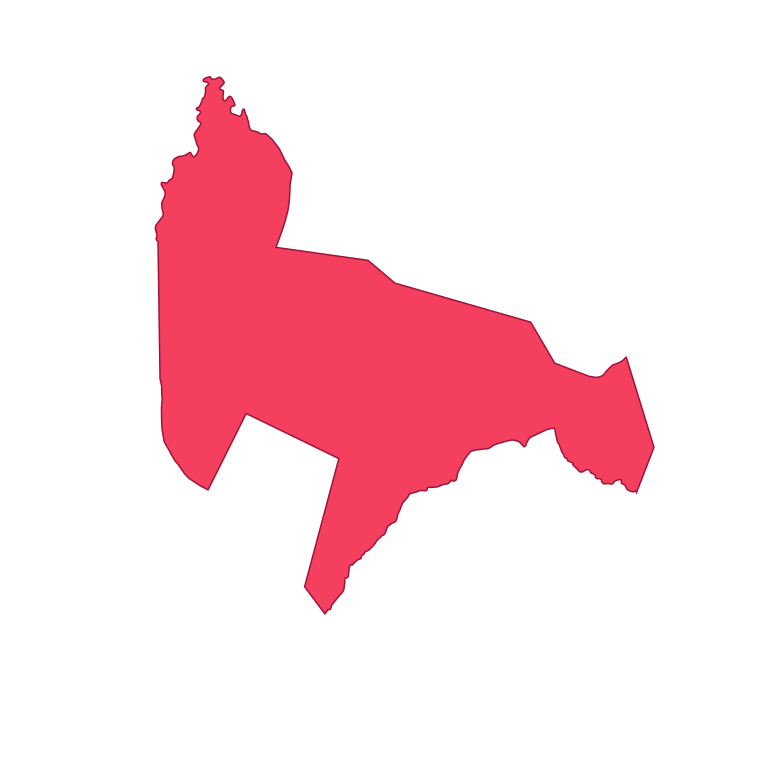 Chinacla, La Paz, Honduras, rotated 19°
{"feature_id": "27666195B76416581203448", "entity_name": "Chinacla", "entity_type": "district", "adm_level": 2, "iso_a3": "HND", "parent_name": "Honduras", "parent_adm1": "La Paz", "projection": "natural_earth1", "projection_center": [-87.961, 14.181], "detail": "fine", "context": "isolated", "style": "filled", "palette": "rose", "viewbox_px": 768, "rotation_deg": 19, "n_neighbors": 0, "source": "geoboundaries", "source_scale": "gbopen_adm2", "svg_char_len": 6170}
<svg xmlns="http://www.w3.org/2000/svg" viewBox="0 0 768 768"><g transform="rotate(19 384 384)"><path d="M658.1,404.3L659.9,356.0L604.4,279.8L603.6,280.9L602.6,283.0L601.5,284.8L600.0,286.6L595.6,290.4L594.2,291.4L591.7,295.7L590.4,298.8L588.6,303.6L587.4,305.4L584.5,307.8L581.2,309.0L577.2,309.5L575.8,310.0L538.6,308.7L502.6,277.8L361.3,285.1L356.7,283.2L328.7,272.3L237.4,290.0L237.7,272.1L237.5,261.9L236.7,251.4L235.3,243.6L233.0,235.0L230.3,226.1L228.3,214.4L223.5,209.5L216.5,203.9L211.8,199.0L208.4,195.7L199.5,189.7L198.4,189.1L192.7,186.6L190.7,185.9L188.7,186.4L187.2,187.4L186.5,187.6L185.4,187.5L183.3,187.0L182.2,186.9L175.8,187.3L174.8,186.8L174.0,186.1L172.3,183.8L171.3,182.1L170.4,180.0L168.7,178.1L167.3,175.7L166.1,174.7L165.6,174.2L164.9,173.3L162.8,170.2L162.4,169.8L162.0,169.7L161.6,169.9L161.4,170.2L161.2,170.8L161.1,172.1L161.4,174.1L161.4,175.2L161.1,176.8L160.6,177.8L159.8,178.0L155.1,177.8L152.8,177.9L151.8,177.8L151.3,177.5L150.5,176.8L149.9,175.8L149.4,174.1L149.2,172.4L149.3,171.6L149.6,171.2L152.2,169.4L152.2,168.9L151.8,168.0L149.9,165.9L147.3,163.2L146.3,162.5L145.0,162.2L144.4,162.3L143.8,162.9L143.3,163.9L142.5,166.3L141.7,167.6L141.3,168.0L140.8,168.2L140.3,168.1L139.9,167.8L139.1,166.8L138.1,164.6L137.8,163.3L137.3,160.9L136.7,159.0L136.3,158.9L133.4,158.8L133.0,158.7L132.7,158.4L132.6,157.7L132.7,156.9L133.7,154.4L134.7,152.3L134.8,151.5L134.5,150.7L134.1,150.1L132.9,149.2L131.2,148.2L129.4,147.4L128.6,147.5L127.1,148.6L125.2,150.7L124.5,151.0L123.2,151.4L122.1,151.5L121.3,151.4L119.7,150.1L117.6,151.3L116.0,152.5L114.7,153.8L114.1,155.0L114.1,155.5L114.2,155.9L114.7,156.5L115.9,156.7L117.3,156.3L118.5,156.3L119.7,156.8L120.2,157.2L120.4,157.6L120.5,158.1L120.3,158.6L119.5,159.4L119.2,160.2L118.8,162.0L119.0,163.0L119.9,165.2L120.5,167.9L120.7,169.5L120.7,171.1L120.5,171.8L119.7,172.9L119.5,173.6L119.6,177.7L119.2,181.6L118.7,182.6L117.7,183.3L117.2,183.8L117.0,184.3L117.0,184.8L117.3,185.4L118.0,185.8L118.7,185.8L119.9,185.5L120.8,185.7L121.5,186.1L122.0,186.9L122.1,187.7L120.5,191.8L120.5,192.6L120.7,193.4L121.4,194.7L122.6,195.8L123.5,196.2L124.6,196.2L125.3,196.5L125.8,197.1L126.1,198.0L126.1,198.5L125.7,200.0L123.6,207.5L123.3,209.1L123.3,210.0L123.7,210.8L124.3,211.8L126.3,214.4L128.8,218.0L129.6,218.9L130.9,220.0L131.7,220.9L132.2,222.2L132.5,224.2L132.3,226.5L131.9,228.4L131.2,230.0L130.5,230.9L129.9,231.2L129.4,231.1L128.6,230.6L125.8,228.2L125.4,228.1L123.7,229.7L121.8,232.1L121.0,232.8L118.9,234.3L116.1,235.6L115.0,236.5L113.0,238.8L112.2,240.1L111.9,241.1L111.9,242.9L112.1,243.9L112.5,245.0L113.2,245.9L114.2,246.5L114.5,246.8L115.2,247.9L115.7,249.2L116.6,254.4L116.9,258.1L116.7,258.6L116.2,259.4L114.5,261.3L114.2,263.0L113.7,263.8L113.2,264.5L112.7,264.8L112.0,265.0L108.8,265.5L108.2,266.1L108.1,266.9L108.3,267.6L108.8,268.4L113.7,272.9L114.4,273.8L114.9,274.8L115.4,276.2L115.5,277.8L115.4,280.3L114.9,283.3L114.9,284.5L115.2,285.9L115.5,287.0L116.2,288.7L117.3,290.8L119.3,293.9L119.8,294.9L120.1,296.2L120.2,297.2L119.9,298.4L117.0,307.2L116.7,309.0L116.8,310.3L117.2,311.4L117.8,312.6L120.3,316.2L121.2,318.0L121.4,318.9L121.1,320.4L121.4,321.1L122.4,322.2L123.0,322.4L123.8,322.5L170.5,451.9L174.5,458.5L176.5,464.1L179.3,470.9L181.2,478.6L185.4,490.4L189.0,499.3L194.7,509.8L198.0,512.9L201.8,516.1L206.7,520.7L211.7,524.9L215.1,526.8L224.7,533.8L230.6,536.8L235.7,538.1L243.2,540.0L246.9,540.6L252.1,541.3L263.3,456.8L365.6,469.2L374.9,601.5L402.9,620.6L403.8,618.2L404.4,615.7L404.7,615.5L406.6,614.8L406.7,612.4L406.5,610.1L410.1,600.2L412.1,595.4L412.9,592.7L412.9,591.1L412.1,587.2L411.8,585.2L411.4,583.8L410.6,582.2L410.4,581.2L410.5,580.7L410.7,580.2L411.0,580.0L411.7,579.6L412.3,579.1L412.7,578.5L412.8,577.9L412.6,576.4L412.0,573.3L410.9,569.2L410.8,568.0L410.9,567.1L411.1,566.5L411.5,566.0L411.9,565.8L412.7,565.6L413.3,564.9L413.6,564.2L413.9,563.1L416.3,558.8L419.0,556.7L418.9,553.4L420.7,550.9L420.7,549.8L420.9,548.7L423.3,546.5L424.2,545.2L427.1,539.0L428.0,535.5L428.6,533.4L430.0,531.1L431.3,528.4L431.7,527.9L432.7,527.1L433.3,526.0L433.7,523.9L433.7,519.6L433.8,517.6L434.0,517.2L436.9,513.0L438.8,511.4L439.3,510.6L439.8,509.7L440.0,508.7L440.0,507.0L439.5,503.4L440.0,497.2L440.1,494.0L440.3,491.3L440.7,489.7L443.3,483.1L443.5,482.2L443.6,480.8L443.8,480.2L444.2,479.5L444.8,478.9L450.7,474.9L452.6,473.0L458.1,471.4L458.8,470.7L459.1,470.0L459.1,469.5L458.8,468.7L458.9,468.1L459.3,467.6L459.8,467.1L460.9,466.7L462.5,466.4L468.1,463.8L473.0,459.5L475.0,458.6L476.3,457.8L477.2,456.9L477.9,455.9L478.5,454.5L479.0,452.9L480.0,453.3L481.2,453.2L482.1,452.8L482.9,452.1L483.3,451.3L483.5,450.2L482.8,445.4L482.8,442.6L483.2,439.4L484.2,433.9L484.4,430.4L484.7,429.0L486.5,423.2L487.6,420.2L488.1,419.4L490.0,418.0L493.5,415.7L495.9,414.9L499.4,412.9L501.9,412.0L503.0,411.4L503.9,410.8L505.3,409.3L507.8,406.0L510.8,403.5L518.6,398.0L523.0,395.4L524.1,395.0L526.1,394.7L528.3,394.5L530.4,394.6L531.3,394.9L536.5,397.7L536.8,397.8L537.2,397.6L537.7,397.0L538.0,396.2L538.1,395.4L538.0,393.3L538.6,389.9L539.4,387.7L540.4,386.0L552.7,374.2L556.7,371.6L559.5,370.3L559.8,370.4L560.3,371.1L562.2,374.8L566.6,382.0L567.2,382.7L568.6,383.6L569.6,384.5L572.1,387.7L574.0,390.0L574.9,390.9L577.2,392.6L578.1,394.0L578.6,394.5L579.2,394.8L580.4,394.7L581.2,394.9L581.9,395.5L582.4,396.6L582.9,396.9L588.4,397.1L588.6,397.4L588.6,398.4L588.9,398.9L590.7,399.9L593.8,401.2L596.0,402.5L597.0,403.0L598.4,403.2L599.8,402.8L601.1,401.7L602.4,400.1L603.3,399.2L604.4,398.6L605.6,398.5L606.3,398.7L607.2,399.2L607.7,399.6L608.2,400.4L608.5,400.7L610.8,400.8L612.5,401.2L613.3,401.5L613.7,401.9L614.0,402.8L614.3,403.3L614.8,403.7L615.6,404.0L616.7,404.1L618.1,403.5L618.8,403.3L620.3,403.5L620.8,403.9L621.3,405.1L622.0,405.8L623.3,406.6L624.2,406.8L625.9,406.3L628.4,405.1L630.4,404.9L632.2,404.3L632.9,403.6L633.4,401.6L634.3,400.3L636.8,398.3L638.1,397.6L638.8,397.5L639.4,397.6L639.9,398.0L640.0,398.3L640.1,399.4L640.8,400.3L641.6,400.7L642.3,400.9L643.8,400.9L644.4,401.1L646.0,402.4L647.4,404.0L648.4,404.6L651.0,405.1L653.9,405.0L654.9,404.8L656.2,403.7L657.0,403.4L657.6,403.7L658.1,404.3Z" fill="#f43f5e" stroke="#9f1239" stroke-width="1.5"/></g></svg>